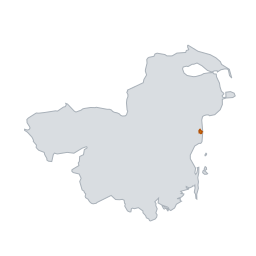 Distrito Capital on a map of Venezuela (Equal Earth projection), rotated 97°
{"feature_id": "VEN-43", "entity_name": "Distrito Capital", "entity_type": "Capital District", "adm_level": 1, "iso_a3": "VEN", "parent_name": "Venezuela", "parent_adm1": "", "projection": "equal_earth", "projection_center": [-67.01, 10.484], "detail": "fine", "context": "in_parent", "style": "filled", "palette": "amber", "viewbox_px": 256, "rotation_deg": 97, "n_neighbors": 0, "source": "natural_earth", "source_scale": "10m", "svg_char_len": 4094}
<svg xmlns="http://www.w3.org/2000/svg" viewBox="0 0 256 256"><g transform="rotate(97 128 128)"><path d="M215.0,89.9L217.5,94.3L217.3,95.3L215.7,96.3L214.9,98.8L212.9,99.8L210.3,102.8L208.5,103.1L205.8,108.0L207.3,111.8L207.0,113.8L207.7,114.8L210.8,114.9L211.1,115.9L210.7,117.5L210.2,118.5L205.9,121.7L203.8,121.4L203.0,122.3L200.2,123.0L199.5,124.9L200.2,127.5L200.5,131.6L197.0,136.5L205.7,149.7L206.6,150.4L207.5,153.4L207.2,155.2L205.7,157.3L203.6,158.9L202.3,161.6L201.0,162.2L198.6,161.9L197.4,163.4L196.0,164.0L195.0,166.0L187.0,169.4L183.6,168.4L179.6,170.9L178.9,177.0L177.7,178.5L176.2,178.5L171.3,172.2L168.8,173.1L167.1,172.2L162.2,172.5L159.9,168.9L154.8,168.7L152.9,166.3L152.0,166.3L151.6,167.0L153.6,171.0L159.6,178.6L159.6,185.4L162.4,195.0L161.9,198.0L163.5,198.9L170.6,199.6L170.6,203.0L169.7,204.6L168.2,204.8L164.6,207.4L162.4,208.2L161.0,213.8L159.8,215.4L158.5,216.8L156.1,216.8L152.8,220.4L151.7,220.3L148.9,222.1L144.4,227.3L142.9,230.4L141.8,230.5L142.3,227.7L141.7,226.2L140.7,225.4L139.7,225.3L138.5,226.0L135.1,228.8L131.9,229.4L130.2,228.1L124.3,220.9L124.2,218.5L122.8,212.7L119.8,202.1L119.8,200.0L115.1,194.6L114.4,192.8L112.5,192.1L111.2,192.8L111.6,191.0L117.9,183.3L118.5,181.6L116.0,176.7L114.6,175.3L113.9,173.6L112.2,167.6L111.8,163.0L111.3,162.1L112.0,150.9L111.7,148.5L112.2,146.6L113.4,145.3L114.1,143.3L114.3,140.6L115.0,138.4L116.4,136.7L116.8,135.0L116.3,132.2L115.1,131.1L111.3,130.3L110.2,131.1L103.1,132.6L99.6,132.6L97.0,131.9L94.9,132.1L92.6,133.6L91.4,132.8L90.5,133.2L81.2,118.4L77.8,118.1L73.1,116.0L69.5,117.7L67.9,117.8L61.4,117.0L57.8,117.7L56.3,117.0L55.3,115.8L53.7,111.0L51.2,110.2L50.2,108.2L50.6,100.3L51.7,98.2L51.3,94.6L51.0,92.9L47.7,88.6L46.0,80.0L43.9,79.5L43.2,77.7L42.6,77.3L40.8,78.5L38.9,78.9L38.5,78.5L43.3,67.9L45.2,55.4L47.6,49.3L50.9,44.4L53.5,42.9L57.4,34.6L65.8,31.1L63.6,33.6L58.5,35.3L57.4,36.3L57.5,39.0L58.9,43.0L61.5,46.1L60.3,46.5L60.8,49.3L62.0,51.2L62.1,52.5L61.1,56.3L57.2,62.2L55.1,67.4L56.7,70.5L56.9,72.1L59.7,75.9L59.5,77.5L60.7,80.6L62.7,81.1L66.6,79.1L68.7,75.7L69.1,69.4L68.7,67.1L66.4,61.6L64.8,59.5L63.4,54.7L62.7,50.3L63.8,49.3L63.7,47.0L66.4,46.4L72.3,42.7L75.9,41.7L80.1,39.8L81.9,37.2L82.5,37.0L84.6,38.5L85.7,38.0L86.1,36.8L85.5,34.5L80.6,35.3L79.4,30.7L80.5,26.9L83.1,25.5L85.0,27.7L86.3,34.4L88.0,37.9L93.2,37.2L98.6,38.7L104.2,43.5L105.9,48.5L105.2,49.8L105.5,51.9L106.4,54.0L107.6,55.4L111.1,55.8L122.8,53.3L132.6,52.9L134.4,53.9L134.6,55.7L137.8,59.6L147.3,62.9L151.0,62.4L159.7,56.0L164.4,56.2L165.8,55.2L164.0,54.2L160.1,53.8L159.0,54.5L158.3,52.9L163.9,52.3L168.8,52.7L172.9,51.5L176.1,51.6L179.3,50.8L185.4,51.7L190.2,51.0L189.6,52.0L185.5,52.9L183.6,54.4L179.5,54.1L176.6,54.7L177.5,55.1L177.5,56.7L178.3,57.0L179.6,59.0L179.9,60.6L178.9,63.1L180.1,62.9L180.7,62.1L180.7,60.3L181.4,60.6L184.4,68.0L185.7,66.2L186.6,67.3L186.6,64.5L187.6,64.6L189.9,66.4L192.2,70.7L191.8,67.4L193.6,67.4L194.1,66.0L197.8,70.7L201.7,72.0L204.7,75.5L204.0,77.2L202.3,78.1L201.6,79.2L200.4,84.7L198.7,89.0L193.8,89.1L198.0,92.4L199.5,91.0L201.5,91.0L204.6,89.2L208.9,90.0L210.7,88.5L213.0,88.7L215.0,89.9ZM164.2,44.1L164.6,46.4L163.3,48.4L161.5,48.4L160.1,47.1L159.3,47.4L156.9,46.7L157.6,45.5L159.4,44.9L160.7,46.3L161.8,46.3L162.1,45.2L163.6,43.4L164.2,44.1ZM203.8,82.8L201.2,84.6L201.1,82.9L203.1,80.7L204.0,82.0L203.8,82.8ZM146.2,48.0L145.5,48.4L143.5,47.5L144.0,46.8L145.0,46.8L146.2,48.0ZM204.3,79.5L202.7,80.0L203.2,78.7L204.8,78.0L205.4,78.3L204.3,79.5Z" fill="#d9dde1" stroke="#a8b0b8" stroke-width="1"/><path d="M122.6,53.9L122.7,54.0L122.8,54.1L123.0,54.2L123.1,54.3L123.3,54.3L123.6,54.3L123.7,54.2L123.8,54.2L123.9,54.3L124.0,54.3L124.3,54.4L124.5,54.8L124.6,55.0L124.4,55.4L124.2,55.6L124.1,55.9L124.0,56.7L123.6,56.6L123.4,56.6L123.2,56.7L123.1,56.8L122.9,56.9L122.5,57.1L122.4,57.1L122.0,57.1L121.7,57.0L121.1,56.7L120.7,56.5L120.6,56.3L121.0,56.0L121.1,55.9L121.3,55.9L121.5,55.8L121.6,55.7L121.9,55.7L121.9,55.4L122.0,55.2L121.9,55.1L121.9,54.9L122.0,54.7L122.4,54.5L122.4,54.4L122.4,54.2L122.5,54.0L122.6,53.9L122.6,53.9Z" fill="#f59e0b" stroke="#b45309" stroke-width="1.5"/></g></svg>